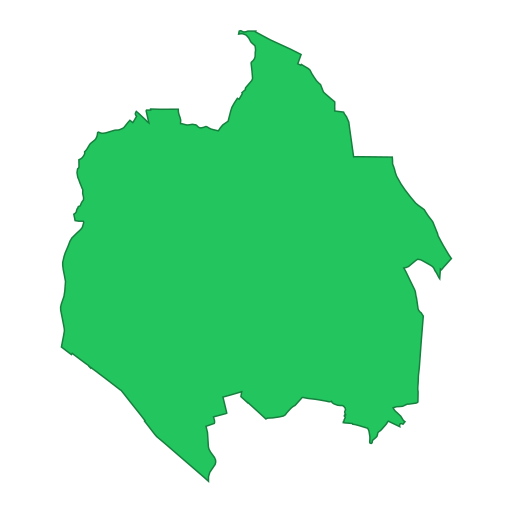 outline of Falticeni, Suceava, Romania
{"feature_id": "2599482B37140017056503", "entity_name": "Falticeni", "entity_type": "district", "adm_level": 2, "iso_a3": "ROU", "parent_name": "Romania", "parent_adm1": "Suceava", "projection": "orthographic", "projection_center": [26.308, 47.463], "detail": "fine", "context": "isolated", "style": "filled", "palette": "green", "viewbox_px": 512, "rotation_deg": 0, "n_neighbors": 0, "source": "geoboundaries", "source_scale": "gbopen_adm2", "svg_char_len": 5933}
<svg xmlns="http://www.w3.org/2000/svg" viewBox="0 0 512 512"><path d="M344.1,422.6L344.7,422.9L347.7,423.1L352.3,423.5L352.7,424.2L355.3,424.6L358.6,425.5L360.3,426.0L362.2,426.6L367.5,428.2L368.3,429.4L369.0,431.3L369.6,434.9L369.9,437.0L369.9,438.8L369.7,442.0L369.8,442.8L370.3,443.2L371.0,443.4L371.5,443.4L372.0,442.8L372.2,442.3L372.3,441.6L372.5,440.4L373.7,439.4L376.1,437.3L376.9,436.4L377.4,435.0L377.7,433.3L378.0,432.5L378.5,432.0L380.8,430.3L382.0,429.0L385.0,425.6L386.7,423.6L386.9,423.2L387.0,422.9L387.1,422.5L387.4,422.2L388.3,421.2L390.0,422.0L399.8,426.7L399.6,425.3L399.7,424.6L400.4,423.7L401.5,423.6L403.0,424.2L405.0,421.7L403.9,420.9L403.0,419.9L402.2,418.5L400.6,416.0L399.9,415.4L397.0,412.6L395.4,411.2L393.9,409.4L393.1,407.8L396.5,406.7L399.1,406.6L402.6,406.3L407.3,404.1L408.9,404.1L416.1,403.1L417.4,402.5L417.9,402.0L418.0,397.2L418.1,391.9L417.8,389.5L417.8,387.5L418.2,381.7L418.4,375.7L419.3,367.7L421.3,340.6L423.3,316.1L421.0,312.6L419.9,311.9L418.6,310.1L418.0,308.6L417.9,307.6L417.3,303.3L416.5,297.9L416.1,296.6L416.0,295.8L415.8,294.9L415.5,292.7L415.0,290.6L414.1,288.6L413.1,286.6L410.7,281.7L405.9,271.7L403.8,268.0L406.1,267.5L408.6,266.5L411.3,264.2L415.9,260.4L417.8,259.2L418.5,259.4L420.7,259.8L423.4,261.2L427.1,263.3L429.6,264.7L431.6,265.9L432.6,266.7L433.7,267.9L435.0,270.7L436.5,272.9L438.2,276.2L439.0,277.7L439.7,278.7L440.4,269.0L441.5,269.8L441.7,269.5L444.1,266.6L445.6,265.0L449.8,260.3L450.9,259.1L451.4,258.6L448.6,254.5L443.4,245.7L441.9,243.0L440.8,241.0L438.0,235.7L437.9,235.1L437.5,233.5L436.8,231.8L432.9,222.1L431.9,220.6L428.3,216.0L425.4,211.6L424.3,209.7L421.5,207.6L418.5,205.5L415.6,203.1L410.1,196.5L405.1,190.0L401.0,184.0L396.6,176.2L395.3,172.5L394.6,169.6L393.7,166.8L392.6,164.0L392.5,160.1L392.3,157.1L375.3,156.9L357.2,156.7L353.6,156.8L349.6,128.3L348.8,122.1L346.4,116.6L345.6,115.6L344.3,113.7L343.6,112.1L334.8,111.0L334.7,106.0L334.8,103.7L334.7,101.8L331.3,99.0L327.6,95.8L324.3,92.9L323.4,91.9L322.6,89.9L320.8,85.2L320.5,84.5L319.2,83.5L316.6,80.9L314.0,77.1L311.7,73.5L310.1,70.2L308.5,68.7L301.3,64.4L300.8,65.2L297.8,63.8L301.1,54.5L290.2,49.0L270.6,40.0L255.5,31.9L255.8,31.1L248.0,31.1L247.4,31.2L245.9,31.8L245.3,31.8L244.0,32.0L243.0,31.8L241.5,31.0L240.8,30.7L240.1,30.8L239.2,31.1L238.6,34.1L238.9,34.1L240.4,33.8L241.8,33.7L243.1,33.9L243.8,34.1L246.0,35.0L247.2,36.2L248.8,38.1L250.9,42.0L252.0,43.1L254.0,44.9L254.9,45.6L255.0,46.0L255.3,47.4L255.5,49.4L255.5,50.6L255.2,52.5L255.2,54.3L255.1,56.6L254.8,57.7L254.2,59.1L253.1,60.6L251.3,62.3L251.1,63.3L252.0,71.2L252.5,77.5L252.5,78.8L251.6,80.8L251.1,81.3L245.8,87.5L245.4,88.2L245.4,89.6L241.9,92.7L242.2,93.3L242.2,93.9L239.1,99.2L237.4,98.3L234.5,102.7L232.0,107.1L230.8,110.7L228.1,121.2L222.8,124.9L220.3,127.9L218.4,130.8L216.0,130.3L213.5,129.7L211.2,129.1L209.1,128.1L206.6,126.6L205.4,126.6L204.4,127.1L202.9,127.5L201.2,127.9L199.8,127.8L198.7,127.3L197.9,126.7L196.7,125.4L195.7,124.8L194.1,124.6L192.5,124.3L191.1,124.5L188.7,124.9L187.1,125.0L185.6,124.7L182.2,123.8L180.5,123.6L180.7,120.1L180.1,117.7L179.1,114.9L178.6,113.1L178.3,111.0L178.3,109.2L160.5,109.3L150.6,109.0L150.7,110.1L147.8,110.1L146.5,110.1L146.2,110.7L146.2,111.1L148.4,120.9L148.9,122.9L147.0,121.5L146.0,120.3L138.8,113.5L136.3,111.4L135.6,112.6L135.3,113.9L135.6,115.0L136.6,116.2L134.1,120.6L132.8,122.6L129.9,120.3L128.1,122.3L126.8,123.9L124.1,127.3L123.7,127.7L122.4,128.5L119.8,129.6L118.5,130.0L117.3,130.1L116.0,130.1L114.4,130.3L105.7,132.9L102.9,133.3L102.0,133.3L100.7,133.0L99.3,132.5L98.7,132.1L98.2,132.2L97.6,132.6L97.4,134.3L97.0,136.2L96.0,138.5L94.9,139.9L93.3,141.2L91.2,142.9L90.5,143.5L89.8,144.3L86.7,149.5L85.3,151.1L84.6,151.7L84.6,152.4L84.8,153.0L84.4,154.4L83.5,156.0L82.2,157.7L81.2,158.5L80.5,159.0L79.8,159.3L78.9,159.7L79.0,166.7L78.7,167.9L77.7,168.7L77.4,169.8L77.0,172.7L77.5,175.8L77.9,177.7L78.6,179.2L79.9,182.8L80.1,183.4L80.8,185.0L81.9,187.9L82.7,189.5L82.8,189.9L82.7,192.4L82.7,193.6L83.0,194.9L83.5,197.1L83.6,197.9L83.5,199.1L83.3,200.3L82.7,200.9L81.9,202.0L81.0,203.8L80.3,205.7L80.1,205.9L79.4,206.2L78.7,206.4L78.3,206.7L78.0,207.1L77.8,208.2L77.1,208.9L76.6,210.4L76.3,211.9L75.4,213.1L73.8,214.2L75.1,220.6L78.7,221.2L83.2,221.2L83.7,222.2L83.6,222.9L82.8,225.7L82.3,227.4L81.5,228.5L80.2,230.0L77.0,232.9L71.9,237.9L70.9,239.7L70.1,240.9L67.9,246.6L65.2,252.9L64.1,256.3L62.7,262.4L62.7,265.3L63.3,269.9L64.4,275.4L65.5,281.5L64.8,290.9L64.0,296.2L63.0,299.2L61.3,304.1L60.6,307.2L60.7,310.2L62.7,320.3L64.2,328.2L64.4,330.8L63.6,335.6L61.4,347.0L63.4,348.5L66.1,350.6L71.4,354.6L72.2,353.4L80.7,359.8L85.4,363.3L88.1,365.2L88.8,365.7L88.8,366.2L90.6,368.0L90.8,367.4L92.7,368.9L97.1,372.1L99.0,373.6L102.6,376.3L107.6,380.1L112.9,384.2L120.4,390.0L121.0,390.2L124.2,394.2L130.8,402.6L139.4,413.4L141.2,415.7L145.0,420.6L144.5,421.1L148.1,425.7L154.8,434.4L156.7,436.6L164.1,442.8L176.7,453.7L204.5,477.7L208.5,481.3L208.5,476.7L209.8,472.3L215.1,464.5L215.7,462.3L215.6,460.2L214.5,457.5L210.5,452.0L209.0,449.2L208.4,446.9L207.9,438.8L207.5,432.6L206.0,426.3L214.3,423.4L214.6,422.3L214.5,420.6L213.5,416.9L226.1,413.5L226.8,413.1L223.2,398.1L222.9,397.1L230.1,395.1L236.0,393.4L241.4,391.8L241.7,391.7L240.9,396.6L247.8,402.9L248.0,402.6L249.7,404.2L257.0,410.8L265.9,419.0L266.7,418.5L267.6,418.1L272.6,417.9L279.4,416.9L283.4,416.0L285.2,414.9L286.0,413.9L286.7,412.9L290.7,408.5L292.6,406.8L294.0,406.0L295.2,405.3L298.7,401.4L302.2,397.5L302.6,397.4L308.4,398.5L314.8,399.2L318.1,399.7L325.5,401.0L328.6,401.7L329.6,401.8L330.8,401.6L331.5,401.3L332.2,402.7L334.0,403.9L337.5,405.2L339.9,405.5L342.0,405.5L342.8,405.7L343.9,406.5L345.1,407.9L345.5,409.8L344.7,411.8L344.9,413.1L345.7,414.6L345.7,414.9L345.5,415.1L344.6,415.0L344.3,415.7L344.4,416.3L345.1,416.9L345.3,417.4L345.0,418.1L344.5,419.1L344.2,419.6L344.1,420.1L344.0,420.9L343.2,422.0L343.3,422.7L344.1,422.6Z" fill="#22c55e" stroke="#15803d" stroke-width="1.5"/></svg>